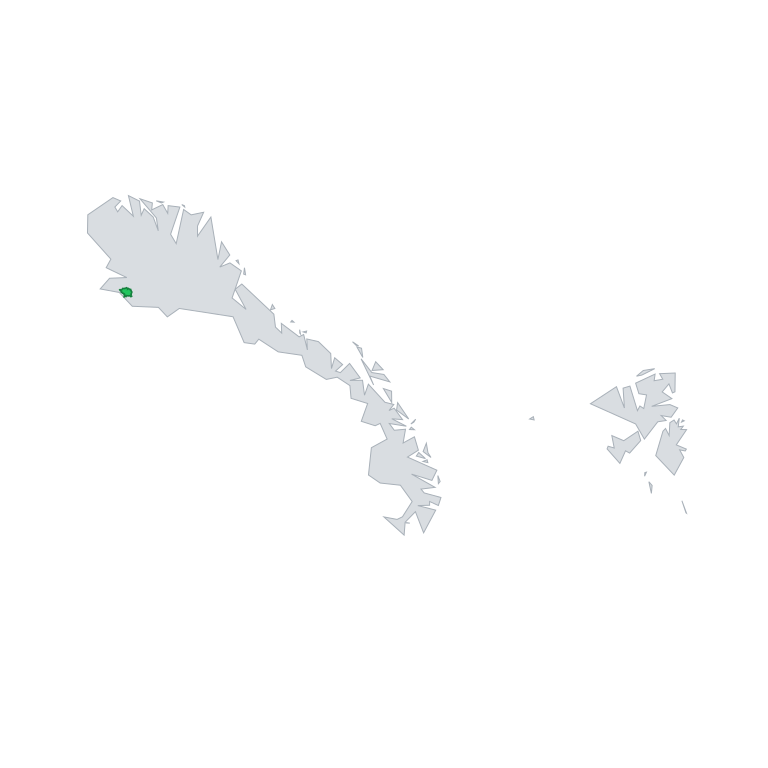 Aurskog-Høland nor, Akershus, Norway (highlighted), rotated 99°
{"feature_id": "86288312B17302655292255", "entity_name": "Aurskog-Høland nor", "entity_type": "district", "adm_level": 2, "iso_a3": "NOR", "parent_name": "Norway", "parent_adm1": "Akershus", "projection": "albers", "projection_center": [11.533, 59.809], "detail": "fine", "context": "in_parent", "style": "filled", "palette": "green", "viewbox_px": 768, "rotation_deg": 99, "n_neighbors": 0, "source": "geoboundaries", "source_scale": "gbopen_adm2", "svg_char_len": 6156}
<svg xmlns="http://www.w3.org/2000/svg" viewBox="0 0 768 768"><g transform="rotate(99 384 384)"><path d="M437.9,372.3L423.5,381.6L426.6,386.2L424.4,400.6L405.8,397.1L403.3,414.3L390.9,417.4L384.6,431.3L388.5,441.7L379.3,464.0L368.5,469.6L368.8,493.5L359.3,514.7L364.8,517.9L365.0,528.6L341.2,543.6L341.4,598.0L351.6,608.5L343.6,618.8L346.6,644.8L335.0,659.8L334.5,679.2L322.5,671.6L319.1,654.7L312.6,676.6L303.4,673.3L281.2,700.5L263.2,703.0L242.3,680.9L244.4,672.7L251.3,677.5L255.6,674.0L248.8,670.6L257.5,657.8L237.9,665.9L241.6,654.1L255.3,650.2L248.4,648.3L255.2,638.1L268.0,630.9L255.6,634.8L239.2,654.0L241.4,641.1L248.4,640.7L241.4,630.6L249.3,624.3L241.6,625.1L241.2,613.3L269.5,618.2L277.9,611.2L243.0,609.2L247.1,600.9L242.6,589.0L257.1,592.9L267.1,591.3L246.2,581.1L287.1,567.5L269.0,566.7L280.7,556.5L294.2,564.5L288.5,555.1L294.6,542.6L322.8,547.5L331.9,531.9L313.7,545.8L307.5,540.1L332.3,503.7L344.8,500.1L349.7,493.0L340.2,494.9L350.7,475.2L347.7,471.1L362.3,465.0L351.6,467.3L352.4,455.4L362.2,441.4L377.0,438.3L365.8,436.8L371.3,427.9L378.8,433.9L379.6,428.9L369.1,421.2L381.7,408.5L385.8,418.2L383.7,405.8L398.1,401.5L386.6,399.4L401.9,380.2L402.7,371.1L409.4,374.9L406.3,370.2L416.3,360.1L417.1,370.9L422.2,355.3L422.2,372.6L428.1,366.6L425.3,355.7L439.3,355.9L431.4,345.7L444.0,339.7L452.5,349.4L460.9,318.3L471.7,321.6L468.7,342.7L478.1,317.4L482.0,331.0L485.3,327.3L487.2,310.0L495.5,311.3L492.9,320.6L496.6,320.0L498.8,331.6L500.5,313.2L524.8,321.6L505.2,333.0L517.2,341.5L530.1,340.5L515.3,363.3L515.7,349.9L512.3,345.0L495.7,337.8L481.4,352.0L482.4,372.3L476.3,385.1L448.9,386.5L437.9,372.3ZM361.7,90.1L371.9,95.2L371.8,105.3L375.9,99.6L378.5,107.7L397.7,118.2L384.1,129.2L371.2,177.0L350.3,154.0L370.1,142.8L350.7,147.2L347.6,140.8L370.7,129.5L365.7,127.8L367.6,123.6L353.7,123.0L353.7,130.7L343.8,135.6L331.8,117.8L338.5,117.7L335.7,109.4L330.7,113.4L327.6,98.1L346.2,95.4L347.7,97.7L339.3,102.6L348.3,108.0L353.4,97.4L364.2,116.1L359.6,98.4L361.7,90.1ZM381.7,78.0L398.4,85.8L401.0,75.2L403.0,76.0L402.8,81.7L409.7,76.4L428.6,83.1L412.2,104.4L387.0,101.1L383.9,99.0L390.3,94.3L377.5,95.6L374.2,91.9L377.6,88.9L371.6,87.0L380.3,86.7L378.8,81.8L382.5,83.8L381.7,78.0ZM399.7,121.6L413.8,130.6L412.2,135.0L425.5,138.6L413.2,153.5L410.4,152.9L411.2,146.6L399.3,150.9L402.5,138.3L390.9,125.8L399.7,121.6ZM378.4,399.2L386.6,394.1L362.7,410.6L374.6,397.8L374.6,385.6L381.0,378.6L378.4,399.2ZM389.9,375.4L401.0,373.5L388.6,383.9L389.9,375.4ZM400.3,367.6L414.7,354.1L407.8,367.5L400.3,367.6ZM326.5,119.0L334.8,130.7L336.8,135.8L330.1,130.0L326.5,119.0ZM370.0,387.1L372.5,397.9L363.3,395.7L370.0,387.1ZM449.2,326.1L444.6,334.8L435.9,332.9L445.1,329.8L449.2,326.1ZM451.2,331.4L450.1,340.8L446.2,339.0L451.2,331.4ZM352.2,411.8L361.1,409.1L351.6,416.6L352.2,411.8ZM464.0,65.6L452.7,71.5L464.3,65.0L464.0,65.6ZM442.3,103.3L450.2,102.8L439.1,107.1L442.3,103.3ZM466.0,316.5L471.5,313.3L473.9,314.7L466.0,316.5ZM454.8,328.4L454.4,333.4L452.1,329.6L454.8,328.4ZM424.4,346.8L425.0,351.7L422.4,350.3L424.4,346.8ZM396.0,230.1L395.8,234.7L392.9,231.4L396.0,230.1ZM434.3,112.2L430.7,112.5L430.0,111.0L434.3,112.2ZM326.5,503.6L328.5,507.7L323.0,506.7L326.5,503.6ZM413.8,347.2L417.1,348.6L419.3,351.2L413.8,347.2ZM373.4,81.7L375.1,84.2L372.8,83.5L373.4,81.7ZM297.4,539.8L291.0,540.0L297.8,537.8L297.4,539.8ZM287.9,546.1L285.3,549.4L284.3,547.6L287.9,546.1ZM350.1,417.7L347.2,421.7L350.4,415.0L350.1,417.7ZM240.0,632.2L238.7,637.6L238.8,630.3L240.0,632.2ZM345.2,472.0L343.8,468.7L345.7,468.9L345.2,472.0ZM517.4,336.7L517.8,340.7L517.4,340.1L517.4,336.7ZM347.0,475.1L343.5,475.8L347.7,474.3L347.0,475.1ZM337.0,482.6L337.3,485.8L335.6,484.8L337.0,482.6ZM240.4,608.5L238.4,611.8L239.1,609.0L240.4,608.5Z" fill="#d9dde1" stroke="#a8b0b8" stroke-width="1"/><path d="M338.6,654.1L338.5,653.9L338.4,653.8L338.4,653.7L338.2,653.4L338.1,653.2L337.9,653.0L337.7,652.9L337.3,652.7L337.2,652.6L337.3,652.5L337.2,652.5L337.3,652.4L337.2,652.3L337.2,652.2L337.3,652.2L337.3,651.9L337.2,651.9L337.1,651.7L337.1,651.4L337.0,651.2L336.9,651.1L336.8,650.9L336.8,650.7L336.8,650.4L336.9,650.2L337.0,650.1L337.0,649.9L336.9,649.7L336.6,649.3L336.6,649.2L336.7,648.9L336.8,648.7L336.8,648.4L337.0,648.2L337.3,647.8L337.3,647.7L337.2,647.7L337.3,647.6L337.2,647.5L337.0,647.3L337.0,647.5L336.9,647.6L336.7,647.6L336.5,647.8L336.4,647.8L336.3,647.7L336.2,647.7L335.8,647.6L335.5,647.6L335.4,647.6L335.2,647.7L334.9,647.7L334.8,647.8L334.8,648.0L334.7,648.0L334.6,647.9L334.3,647.8L334.2,647.7L333.9,647.7L333.7,647.6L333.3,647.4L333.2,647.4L332.9,647.4L332.7,647.4L332.7,647.5L332.4,647.8L332.2,647.8L331.7,648.1L331.8,648.1L331.7,648.1L331.5,648.3L331.5,648.5L331.4,648.5L331.2,648.6L331.1,648.8L330.9,648.9L330.9,649.1L330.8,649.3L330.7,649.3L330.7,649.2L330.5,649.3L330.4,649.3L330.3,649.5L330.2,649.6L330.3,649.7L330.3,649.8L330.2,649.9L330.2,650.0L330.0,650.3L329.9,650.6L329.9,651.0L329.9,651.3L329.8,651.5L330.1,651.7L330.2,651.8L330.3,651.9L330.2,651.9L330.3,652.0L330.2,652.1L330.1,652.3L330.0,652.5L329.9,652.5L329.5,652.6L329.4,652.7L329.4,652.8L329.3,653.0L329.2,653.1L329.1,653.3L329.2,653.5L329.3,653.6L329.4,653.8L329.6,654.0L329.8,654.3L329.9,654.5L330.0,654.5L330.2,654.8L330.1,655.0L330.1,655.3L330.3,655.4L330.3,655.5L330.5,655.9L330.5,656.0L330.4,656.2L330.4,656.3L330.4,656.6L330.4,656.8L330.5,656.8L330.8,657.1L331.2,657.5L331.3,657.5L331.5,657.5L331.8,657.5L332.0,657.9L332.1,658.2L332.3,658.4L332.4,658.6L332.4,658.8L332.2,658.9L332.0,659.3L332.0,659.5L332.3,659.8L332.4,659.7L332.5,659.6L332.7,659.4L332.8,659.3L332.8,659.2L333.0,659.1L333.0,658.9L333.0,658.7L332.8,658.5L332.9,658.4L333.1,658.3L333.3,658.3L333.5,658.3L333.7,658.2L333.8,658.1L334.0,657.9L334.2,657.7L334.2,657.4L334.3,657.4L334.5,657.4L334.6,657.5L334.7,657.1L334.9,657.0L334.9,656.9L334.9,656.7L335.0,656.6L335.2,656.4L335.3,656.3L335.3,656.2L335.3,655.8L335.2,655.8L335.2,655.7L335.2,655.4L335.3,655.3L335.5,655.2L335.8,655.0L336.1,654.9L336.3,654.8L336.3,654.7L336.2,654.6L336.3,654.6L336.5,654.4L336.8,654.3L337.0,654.2L337.3,654.2L337.6,654.3L337.9,654.4L338.0,654.3L338.3,654.3L338.3,654.2L338.5,654.1L338.6,654.1Z" fill="#22c55e" stroke="#15803d" stroke-width="1.5"/></g></svg>